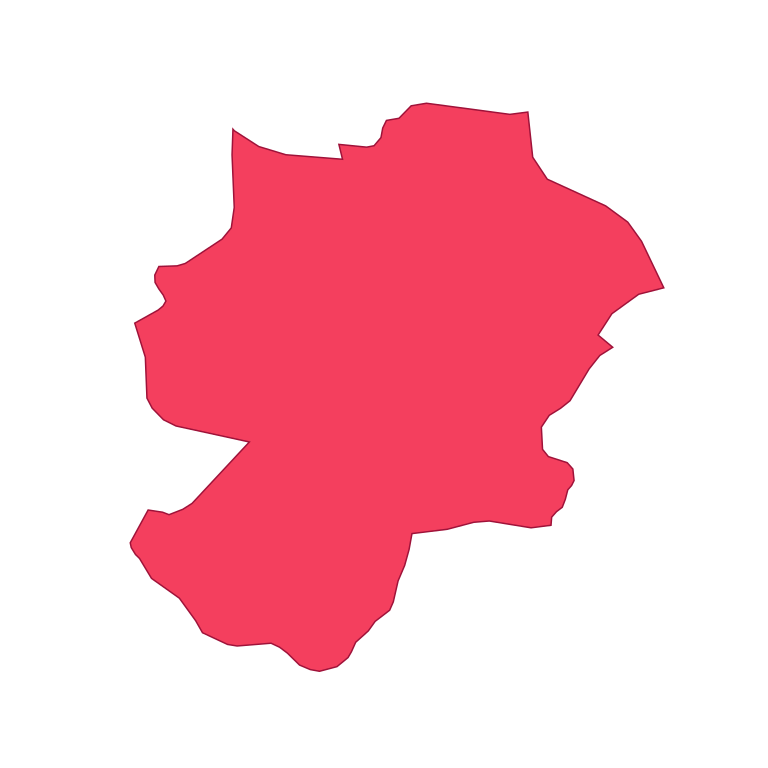 SVG path tracing the border of Luxembourg, rotated 191°
{"feature_id": "LUX-908", "entity_name": "Luxembourg", "entity_type": "District", "adm_level": 1, "iso_a3": "LUX", "parent_name": "Luxembourg", "parent_adm1": "", "projection": "albers", "projection_center": [6.069, 49.636], "detail": "fine", "context": "isolated", "style": "filled", "palette": "rose", "viewbox_px": 768, "rotation_deg": 191, "n_neighbors": 0, "source": "natural_earth", "source_scale": "10m", "svg_char_len": 1401}
<svg xmlns="http://www.w3.org/2000/svg" viewBox="0 0 768 768"><g transform="rotate(191 384 384)"><path d="M127.7,531.8L151.1,520.7L173.7,496.5L183.2,472.9L166.5,463.7L177.6,453.2L185.5,438.0L198.2,403.1L206.0,393.9L215.8,384.8L221.3,371.7L215.9,350.1L208.8,344.1L189.1,341.7L182.4,336.6L179.0,325.5L180.5,320.1L183.4,315.2L184.0,305.4L185.5,297.0L190.3,291.6L194.0,285.3L193.1,277.2L212.2,270.9L254.5,269.6L269.5,265.4L294.1,253.5L328.0,242.5L327.8,226.4L329.1,209.8L332.6,193.4L333.3,171.9L335.3,163.0L347.4,149.3L352.3,138.6L362.5,125.1L364.9,114.9L367.1,108.6L376.2,97.6L392.5,89.7L401.9,89.6L413.3,92.0L427.5,101.4L436.3,105.7L445.4,108.0L478.2,98.8L487.9,98.5L514.7,105.2L523.7,115.7L544.0,134.7L575.1,148.8L590.7,166.1L595.4,169.2L600.9,175.2L602.8,179.7L591.5,215.3L576.9,215.9L570.1,214.7L557.6,222.6L549.6,230.2L505.1,301.4L580.2,303.1L593.6,306.8L606.9,316.0L614.0,324.9L623.4,364.8L640.3,396.2L619.8,413.5L615.8,418.4L613.9,423.8L617.7,429.2L623.0,434.2L628.1,440.0L629.8,447.2L627.4,456.4L609.6,460.5L602.1,464.4L570.6,495.3L563.7,508.1L564.7,528.7L576.9,580.0L580.9,605.3L579.2,604.0L552.2,593.2L524.2,590.3L467.6,596.7L474.0,610.6L446.2,613.2L439.2,616.0L434.0,625.3L434.1,635.0L431.9,643.2L420.0,647.7L410.4,662.3L395.9,667.7L311.9,672.7L294.7,678.4L281.3,635.0L262.8,616.2L200.3,601.1L175.6,589.4L158.4,573.2L127.7,531.8Z" fill="#f43f5e" stroke="#9f1239" stroke-width="1.5"/></g></svg>